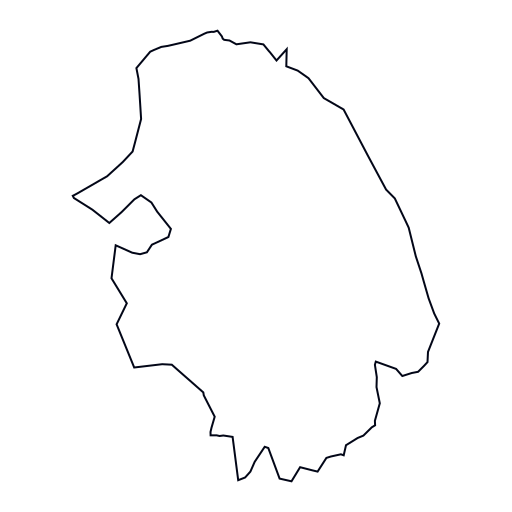 outline of Igbo-Eze North, Enugu, Nigeria
{"feature_id": "59680162B31217574251855", "entity_name": "Igbo-Eze North", "entity_type": "district", "adm_level": 2, "iso_a3": "NGA", "parent_name": "Nigeria", "parent_adm1": "Enugu", "projection": "equal_earth", "projection_center": [7.451, 7.008], "detail": "fine", "context": "isolated", "style": "outline", "palette": "ink", "viewbox_px": 512, "rotation_deg": 0, "n_neighbors": 0, "source": "geoboundaries", "source_scale": "gbopen_adm2", "svg_char_len": 1567}
<svg xmlns="http://www.w3.org/2000/svg" viewBox="0 0 512 512"><path d="M439.2,323.6L434.2,313.5L428.6,298.3L426.7,291.7L423.5,280.6L421.5,273.5L415.8,256.3L408.7,227.7L405.8,221.5L394.8,198.4L386.1,189.6L376.7,172.1L367.7,155.3L345.6,113.3L343.6,109.5L323.8,98.1L308.5,78.2L297.7,70.6L286.3,66.3L286.7,49.2L276.5,60.5L269.9,52.2L268.8,51.0L263.4,44.4L250.4,42.3L236.4,44.3L229.5,40.5L224.7,39.9L224.1,39.8L222.7,38.6L221.9,36.4L219.2,32.9L217.5,30.7L213.7,31.9L211.6,31.8L207.1,32.5L204.3,33.7L190.2,40.7L172.6,44.8L167.8,45.9L161.3,46.9L154.1,49.9L150.2,51.7L136.4,68.1L138.5,78.9L139.5,93.5L140.3,106.1L141.1,119.0L134.9,142.9L132.6,151.5L122.8,162.0L107.1,176.3L100.6,180.0L77.4,193.4L74.8,194.8L72.8,195.8L73.9,198.0L92.4,209.7L109.3,223.0L121.8,211.9L134.4,199.3L140.9,195.2L151.4,202.5L157.2,211.7L170.9,228.9L168.4,237.0L151.9,244.7L146.9,252.3L140.1,254.2L132.2,252.7L115.7,245.3L111.5,278.3L126.8,303.3L116.6,324.3L134.2,367.5L162.2,364.2L171.8,364.7L177.8,370.0L203.3,392.4L203.8,395.4L214.7,416.7L211.5,427.7L210.5,432.0L210.6,435.3L216.5,435.3L219.6,436.0L223.3,435.5L226.0,435.9L232.6,436.9L238.2,480.2L245.1,477.5L250.4,471.6L254.7,461.8L264.7,446.8L268.3,448.0L279.6,478.6L291.5,481.3L300.1,467.2L312.2,470.3L317.6,471.6L326.4,457.9L330.9,456.5L340.9,454.3L343.7,455.3L346.0,445.2L357.6,438.0L363.4,435.6L371.8,427.3L375.1,425.3L374.9,420.8L379.8,403.3L376.5,387.1L376.8,377.2L374.9,364.8L375.8,361.6L396.1,368.9L402.3,376.0L411.8,373.0L418.1,371.8L424.0,365.9L427.5,362.1L428.0,351.9L439.2,323.6Z" fill="none" stroke="#020617" stroke-width="2"/></svg>